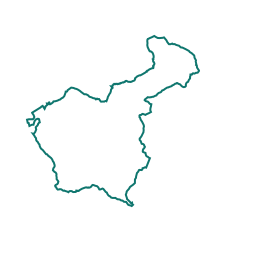 Lapugiu De Jos, Hunedoara, Romania (Albers equal-area conic projection), rotated 245°
{"feature_id": "2599482B98896548530240", "entity_name": "Lapugiu De Jos", "entity_type": "district", "adm_level": 2, "iso_a3": "ROU", "parent_name": "Romania", "parent_adm1": "Hunedoara", "projection": "albers", "projection_center": [22.473, 45.86], "detail": "fine", "context": "isolated", "style": "outline", "palette": "teal", "viewbox_px": 256, "rotation_deg": 245, "n_neighbors": 0, "source": "geoboundaries", "source_scale": "gbopen_adm2", "svg_char_len": 5856}
<svg xmlns="http://www.w3.org/2000/svg" viewBox="0 0 256 256"><g transform="rotate(245 128 128)"><path d="M200.3,183.6L199.8,182.9L198.6,182.2L196.6,181.5L195.0,180.5L192.9,180.0L189.0,180.0L188.0,180.4L187.9,180.6L188.0,180.8L187.6,181.2L186.0,182.0L184.4,182.0L182.5,181.7L181.2,181.1L180.5,180.5L180.2,179.9L180.2,180.1L179.8,180.1L179.8,179.7L179.5,179.8L178.7,179.3L177.5,178.9L176.8,179.3L175.3,179.2L174.8,178.9L174.0,177.9L173.9,177.3L173.8,177.1L173.1,176.7L172.7,176.9L172.5,176.6L171.9,176.5L171.6,176.2L172.0,174.9L172.1,172.2L171.7,170.3L171.8,169.6L171.6,169.5L171.5,168.8L171.1,168.7L171.2,168.1L170.8,166.3L170.9,165.8L170.7,165.2L170.7,164.3L170.6,163.5L170.5,161.4L170.8,160.9L170.9,160.3L170.9,158.0L170.6,157.4L170.2,155.7L170.0,155.3L169.3,155.1L168.4,154.0L168.4,152.8L168.6,151.8L168.4,151.0L168.7,149.6L169.1,149.3L169.3,148.5L170.0,147.5L171.3,146.6L171.6,145.9L171.4,144.7L171.1,144.5L171.3,143.9L171.1,143.2L171.6,142.5L171.6,140.7L171.8,140.5L171.7,140.3L171.9,139.9L171.6,139.6L171.9,138.8L171.8,138.5L172.0,138.4L172.0,137.8L172.3,137.4L172.2,137.2L172.4,137.1L172.8,136.2L173.0,136.1L173.1,135.6L173.0,135.4L173.3,135.2L173.3,134.7L173.8,134.2L173.5,133.6L173.7,133.3L173.2,132.5L173.2,132.1L172.9,131.9L172.5,130.9L172.8,130.4L172.3,130.5L171.5,131.2L170.9,131.0L170.7,130.1L169.8,128.7L168.7,128.1L167.3,126.8L166.8,125.8L164.5,122.7L163.6,122.1L161.4,119.8L161.7,119.6L162.0,119.0L162.0,117.4L162.4,116.9L163.2,114.8L163.5,114.5L166.5,114.0L167.0,112.8L167.1,112.7L167.2,112.3L167.5,112.3L167.5,111.9L167.8,111.8L167.9,111.3L167.7,110.9L168.9,110.4L169.8,109.0L171.2,107.9L172.4,106.5L173.0,106.1L174.4,105.7L175.5,104.9L176.3,104.2L177.1,102.6L180.6,100.7L181.6,100.3L183.6,99.1L185.1,97.9L186.3,96.4L187.2,95.7L188.6,93.6L187.8,89.3L186.9,88.3L186.9,87.7L187.3,86.9L186.4,86.3L183.8,83.7L183.0,81.7L183.0,80.3L182.5,78.6L182.7,77.2L182.6,75.8L183.0,73.3L183.6,71.7L182.9,70.7L182.5,68.9L182.4,67.4L182.9,66.6L183.2,66.8L183.3,67.3L184.1,67.5L185.2,67.5L183.5,66.6L183.6,66.1L184.2,65.6L184.5,64.9L183.2,64.8L183.0,64.4L182.4,62.2L181.9,62.0L180.6,60.5L184.1,60.0L184.0,58.6L183.6,57.6L182.4,47.6L181.9,47.5L180.0,47.9L177.8,47.8L176.9,47.2L176.1,45.5L177.8,41.9L178.2,40.0L175.1,39.3L174.5,40.1L171.5,39.5L171.6,42.0L171.3,43.0L170.9,43.7L173.6,46.1L174.4,47.5L174.7,48.4L174.5,50.2L174.2,50.6L173.6,51.1L170.4,50.4L170.4,49.6L170.3,49.3L169.5,48.0L169.2,47.9L168.5,46.9L167.7,44.8L167.2,44.5L165.5,44.2L163.6,42.2L162.6,40.3L162.5,40.0L163.0,39.4L160.4,39.9L159.2,39.9L158.0,40.3L157.2,40.2L156.0,39.7L154.6,39.8L153.6,40.3L151.5,40.4L150.5,40.8L148.7,40.3L146.2,40.4L143.9,41.5L138.9,42.7L138.3,43.6L136.0,44.1L135.5,44.7L134.7,44.9L133.4,45.6L131.6,46.0L129.4,45.9L128.3,46.2L125.4,45.8L124.4,45.4L123.7,44.6L123.0,43.3L121.4,42.1L119.1,42.9L118.5,43.5L117.1,43.8L116.2,43.6L115.3,43.0L113.2,42.4L111.9,41.7L109.0,42.3L107.6,41.2L107.0,40.2L106.9,38.3L106.5,37.6L105.6,37.4L104.5,37.9L103.2,37.8L102.5,38.1L101.9,38.3L101.4,39.7L101.4,40.4L100.6,41.6L98.5,42.8L98.2,43.9L97.8,44.1L95.8,46.3L95.0,46.8L95.4,48.0L95.4,48.7L95.0,49.6L94.5,50.4L93.6,50.8L93.1,51.3L92.3,53.1L92.2,53.8L92.4,54.0L92.5,54.6L92.8,54.4L93.1,54.7L92.3,55.4L92.3,55.5L92.5,55.5L92.2,55.9L92.3,56.2L91.8,56.7L92.2,58.1L92.4,60.8L92.1,64.3L91.8,65.2L91.1,65.8L91.0,66.8L90.5,67.1L90.2,68.1L90.4,69.9L90.8,70.4L91.3,71.5L91.3,72.0L90.7,72.8L89.6,73.8L88.3,75.4L86.6,76.0L84.8,76.0L84.4,76.1L84.0,77.0L83.9,79.3L83.2,79.9L79.4,80.8L78.5,81.5L76.5,81.5L75.1,81.8L74.5,82.1L73.5,82.9L72.1,83.3L71.1,84.5L70.0,87.0L67.9,88.3L67.0,89.9L66.3,90.6L65.3,91.1L64.5,92.4L62.8,93.2L61.8,95.1L58.4,95.7L57.6,96.4L56.7,97.6L55.7,98.4L56.3,100.1L57.3,99.7L57.9,99.9L58.1,99.7L58.1,99.9L58.6,100.1L58.6,99.3L58.7,99.1L64.2,97.1L64.8,97.4L68.4,97.8L70.0,99.3L70.9,99.9L71.3,100.5L72.5,103.3L73.6,104.7L74.1,106.6L74.3,108.2L74.6,108.9L74.6,109.2L75.2,111.0L78.5,112.6L79.5,114.2L80.6,114.8L83.4,117.1L84.2,119.0L85.2,120.0L85.2,120.7L84.1,122.6L84.4,123.5L85.4,124.2L85.1,126.2L85.2,126.9L84.4,127.7L91.4,135.1L92.3,134.3L93.5,133.8L94.4,133.0L94.9,132.8L96.0,132.8L98.1,133.3L98.7,132.6L100.1,131.4L100.6,131.5L102.0,132.4L102.7,133.4L102.7,133.8L103.5,135.1L103.9,135.4L105.0,135.2L105.7,135.4L106.6,135.2L107.2,134.8L107.8,133.8L108.0,133.7L110.7,134.0L111.7,133.6L112.4,133.6L113.6,134.2L113.8,134.9L114.9,136.8L117.1,139.5L117.5,140.1L119.6,141.4L121.0,141.8L122.8,143.2L124.3,143.5L127.7,143.4L130.3,143.0L132.3,143.3L132.9,143.0L134.5,143.7L134.7,144.4L134.3,145.6L134.7,146.9L134.5,147.4L132.5,149.4L132.7,150.4L132.6,153.1L132.8,155.6L134.7,155.7L136.6,156.8L137.6,157.7L139.7,159.2L140.8,157.9L142.6,157.5L143.5,157.1L144.9,155.4L146.3,154.9L146.9,155.9L146.9,156.5L147.6,158.9L146.9,159.9L146.4,161.1L146.4,161.4L146.1,162.1L146.0,163.3L145.6,164.1L145.7,166.3L145.5,167.5L146.1,168.4L146.8,170.5L146.7,171.7L146.6,172.4L146.7,173.3L147.6,174.8L147.4,176.3L147.8,178.1L148.1,180.7L147.7,181.9L147.8,182.4L147.5,185.3L147.9,186.0L147.8,187.5L148.2,189.5L147.9,190.6L148.1,191.3L147.8,191.8L146.8,192.3L145.6,193.6L143.2,194.4L142.1,195.1L141.4,195.9L141.2,197.3L141.6,198.2L143.0,198.8L144.0,199.8L144.4,200.6L144.5,202.1L145.5,203.0L146.1,203.9L146.6,205.0L147.2,205.5L148.0,205.7L148.8,206.5L150.1,207.2L149.8,208.0L149.4,208.4L149.5,208.7L149.9,209.1L150.1,210.1L149.3,210.9L149.2,212.1L149.3,213.0L149.1,213.3L148.7,214.5L149.4,215.9L149.8,216.5L150.2,216.6L153.6,216.1L155.7,216.8L156.4,216.3L157.1,216.9L159.7,217.5L160.6,218.2L163.6,218.0L165.4,218.6L166.2,218.5L167.9,217.7L168.8,217.4L170.7,216.1L172.1,215.8L175.2,213.5L177.9,211.3L178.5,210.3L178.9,209.8L180.9,209.1L183.0,206.7L184.3,205.8L185.0,204.2L185.8,203.8L186.0,201.9L186.7,200.5L189.5,199.9L191.2,199.9L194.9,198.9L195.1,197.5L196.2,194.5L197.1,192.9L199.0,191.5L200.3,190.7L200.2,188.0L200.3,185.6L200.2,184.0L200.3,183.6Z" fill="none" stroke="#0f766e" stroke-width="2"/></g></svg>